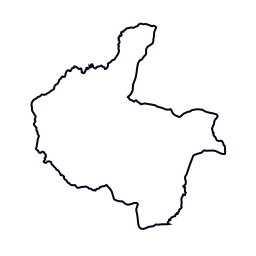 the district of Coper, Boyacá, Colombia, rotated 353°
{"feature_id": "7082276B34459820199268", "entity_name": "Coper", "entity_type": "district", "adm_level": 2, "iso_a3": "COL", "parent_name": "Colombia", "parent_adm1": "Boyacá", "projection": "albers", "projection_center": [-74.028, 5.448], "detail": "fine", "context": "isolated", "style": "outline", "palette": "ink", "viewbox_px": 256, "rotation_deg": 353, "n_neighbors": 0, "source": "geoboundaries", "source_scale": "gbopen_adm2", "svg_char_len": 5741}
<svg xmlns="http://www.w3.org/2000/svg" viewBox="0 0 256 256"><g transform="rotate(353 128 128)"><path d="M167.9,30.8L166.4,29.9L165.6,29.6L164.3,29.9L163.6,29.8L162.5,28.8L161.7,28.6L158.7,27.0L157.4,26.9L155.7,26.9L154.3,26.2L153.1,26.0L151.6,26.4L150.8,26.9L149.9,28.0L147.5,28.5L146.2,29.1L145.4,29.2L143.9,28.7L142.9,28.6L141.8,28.9L139.3,28.9L138.5,29.1L137.9,29.8L135.7,31.0L135.2,31.8L134.1,31.7L133.1,32.0L132.7,32.8L132.7,33.2L132.9,33.6L133.1,34.5L133.1,34.8L132.7,35.5L132.4,35.7L131.7,35.8L131.3,35.2L131.0,35.2L130.4,36.5L129.6,37.2L129.6,37.6L129.9,38.4L129.4,39.2L129.4,39.6L130.0,40.5L130.1,41.1L129.9,42.3L128.4,44.0L128.9,45.1L128.2,48.0L128.5,50.2L127.9,52.0L127.2,52.8L126.9,53.7L124.7,56.1L123.0,58.3L120.5,58.9L118.5,60.7L116.7,61.3L115.9,61.7L115.9,62.5L115.6,64.3L115.0,65.1L114.4,65.5L114.1,66.2L113.8,66.4L112.3,66.6L111.9,65.1L111.4,64.6L110.3,64.2L109.5,62.9L109.2,62.8L106.4,63.5L104.9,63.4L104.5,63.6L103.4,64.8L102.8,64.9L101.2,63.7L100.8,62.9L100.8,61.9L100.5,61.0L100.0,60.4L99.6,60.3L99.1,60.6L98.7,61.3L98.6,61.8L98.9,62.8L98.7,63.1L98.4,63.2L97.8,62.8L97.3,62.0L97.2,63.1L96.2,64.2L95.2,63.4L94.1,63.3L93.9,63.6L94.3,64.6L94.3,64.8L92.9,65.4L92.1,67.2L91.3,68.0L90.8,68.2L90.1,67.5L89.3,67.6L88.9,67.2L89.0,64.2L88.6,63.2L87.9,63.2L87.3,63.6L86.9,63.6L85.5,62.7L84.1,61.1L82.8,60.4L82.1,60.4L82.0,61.2L81.5,61.7L80.3,61.6L79.7,62.0L77.8,64.5L77.0,64.4L76.2,63.5L75.9,63.4L74.8,63.6L74.1,64.2L73.1,65.5L71.7,69.3L70.9,69.5L70.3,69.3L69.8,69.4L69.2,68.9L68.3,69.4L68.0,70.0L67.5,70.7L65.7,71.7L65.3,73.0L63.7,75.3L61.4,76.4L60.1,77.6L59.8,78.4L59.5,79.9L59.2,80.4L55.5,82.1L54.0,83.1L52.6,83.6L50.7,84.6L49.0,84.9L47.0,84.3L46.4,84.3L44.7,85.7L42.1,86.4L41.4,87.1L38.7,88.2L37.8,88.8L36.6,89.8L35.8,90.8L35.2,92.3L35.0,94.7L35.3,96.0L34.9,98.1L35.0,99.0L35.5,100.5L36.1,101.4L36.4,102.4L37.1,103.9L37.6,104.5L37.7,104.9L37.6,105.6L37.2,107.0L36.6,107.6L36.5,108.0L36.8,109.7L36.8,110.2L35.2,112.2L35.0,113.2L37.1,116.6L36.9,118.8L37.0,119.4L37.5,120.5L37.6,121.1L37.7,123.4L38.6,124.8L38.6,125.1L36.9,128.7L36.5,130.5L35.5,133.3L35.2,135.1L34.2,137.3L34.2,137.7L34.7,138.4L36.1,139.8L36.3,140.8L36.8,141.6L37.6,142.0L38.0,142.0L38.8,141.7L39.5,141.1L40.2,141.0L41.8,142.0L42.1,143.2L43.0,144.2L43.1,144.8L42.8,145.5L43.1,146.3L43.0,146.6L41.7,147.7L41.9,148.6L41.9,149.3L40.3,150.7L40.2,151.3L41.0,152.1L42.1,152.6L42.9,152.3L43.8,151.6L44.2,151.4L45.7,151.5L47.3,152.3L47.6,152.9L47.7,154.3L47.9,154.8L48.6,155.7L48.9,155.8L50.3,158.0L51.2,159.0L51.9,160.6L53.4,161.6L54.0,162.5L55.2,165.3L55.4,166.3L55.7,166.6L56.9,166.7L58.5,168.3L58.5,169.0L58.3,169.5L58.6,170.7L59.3,171.5L59.9,171.9L60.4,172.5L60.9,173.6L61.8,175.0L62.9,175.7L64.1,177.3L66.6,178.2L67.8,178.1L68.5,178.3L68.7,178.5L69.8,180.6L71.1,181.3L73.0,181.2L74.4,180.9L77.1,181.0L78.7,180.9L81.1,182.1L81.7,183.1L82.3,183.5L83.7,183.8L85.2,185.1L86.4,185.8L86.6,185.8L87.2,185.5L87.7,186.0L87.9,186.1L88.2,186.0L89.4,184.7L91.8,184.6L92.1,184.5L92.8,183.4L93.7,183.1L94.5,183.1L95.4,182.8L97.4,182.8L98.2,182.6L99.5,181.9L99.9,182.2L103.5,187.5L104.3,190.0L105.3,196.3L105.6,197.0L106.2,197.6L107.7,198.5L109.2,199.2L111.4,199.9L113.1,200.0L114.5,201.1L116.3,203.1L118.1,204.0L119.4,204.1L121.0,204.0L123.3,203.6L124.8,203.1L127.3,203.4L128.1,204.0L128.5,204.6L128.5,204.9L126.4,209.3L126.2,210.8L126.6,216.6L126.5,224.6L126.7,226.2L127.2,227.8L127.8,228.8L128.6,229.4L129.7,229.8L131.0,230.0L132.5,229.8L134.9,229.2L136.3,228.6L141.0,228.6L142.2,228.1L143.7,227.2L145.7,227.5L147.4,227.7L148.8,227.6L155.3,228.3L157.0,228.3L156.1,227.7L155.9,226.8L156.0,226.4L156.8,226.0L156.9,225.8L157.5,224.2L158.5,224.6L158.8,224.4L158.9,223.4L160.3,222.1L162.6,221.4L163.9,221.3L164.3,220.9L164.2,220.3L164.7,219.6L166.6,219.3L166.5,219.0L166.0,218.6L166.2,218.3L166.7,218.1L167.6,218.1L167.7,217.7L168.4,216.9L168.7,215.6L171.6,213.5L171.4,211.9L172.1,208.9L172.4,204.6L173.0,203.5L174.2,202.0L174.4,200.9L174.8,200.7L176.4,201.4L176.7,200.5L177.4,199.2L176.7,198.0L177.1,196.8L176.8,194.7L177.4,194.2L177.4,193.9L175.8,192.8L176.2,192.2L177.7,191.4L178.5,190.3L178.9,187.7L178.5,185.8L178.6,183.9L179.0,183.1L180.6,181.0L184.8,172.1L187.9,166.3L189.5,163.3L189.9,163.1L192.5,162.3L197.6,161.5L198.6,161.1L199.9,159.8L201.2,159.5L202.7,160.1L209.6,160.7L212.1,161.5L217.4,164.8L219.8,165.5L220.7,165.6L221.1,165.4L221.3,164.9L221.8,160.4L221.8,157.4L221.3,157.1L220.8,156.2L220.6,154.7L219.9,152.8L219.3,152.2L218.6,151.9L216.2,152.0L215.8,151.6L214.8,151.1L214.5,150.7L213.4,147.3L212.8,146.9L212.2,146.0L212.1,145.0L211.9,144.3L212.4,143.7L212.4,143.2L211.7,142.7L211.6,140.7L211.3,139.5L211.4,139.2L211.3,138.6L211.6,138.2L213.0,135.8L213.9,134.5L214.3,132.5L214.9,131.2L215.3,130.6L218.3,127.7L218.3,126.3L217.8,125.6L217.0,125.0L214.0,123.8L208.8,122.1L207.1,121.1L206.1,120.7L204.3,119.1L203.6,118.8L199.5,117.9L197.4,117.8L195.4,118.0L194.0,118.0L193.4,118.1L192.3,118.8L191.4,119.1L188.7,119.4L185.0,120.6L181.4,123.0L180.6,123.3L180.0,123.2L176.9,121.5L175.1,119.9L174.4,118.9L173.8,117.7L173.4,116.0L172.5,114.5L172.2,114.4L171.8,114.6L171.2,114.7L169.8,114.7L167.5,114.1L164.5,112.3L159.5,110.3L158.6,109.3L157.7,108.8L154.9,107.8L147.7,105.7L143.7,106.0L143.4,105.8L142.6,104.6L141.5,103.9L140.8,103.2L139.4,101.5L138.5,101.7L137.2,102.6L135.3,101.0L133.2,100.0L132.4,98.0L132.1,97.7L131.6,97.4L131.9,96.9L133.6,95.9L134.8,94.9L137.1,91.5L137.4,90.4L138.2,86.2L138.7,84.6L140.7,81.1L142.2,77.6L143.4,73.6L144.1,70.7L144.9,67.7L145.8,65.3L146.5,64.0L147.7,62.6L148.5,62.1L149.6,61.9L150.3,61.5L152.4,59.1L154.5,57.4L155.1,56.1L155.5,52.5L155.9,51.6L156.8,50.3L157.5,49.7L162.1,47.4L163.2,46.4L163.8,44.5L164.1,42.5L164.8,40.7L165.6,36.3L166.1,35.2L167.8,32.4L168.0,31.6L167.9,30.8Z" fill="none" stroke="#020617" stroke-width="2"/></g></svg>